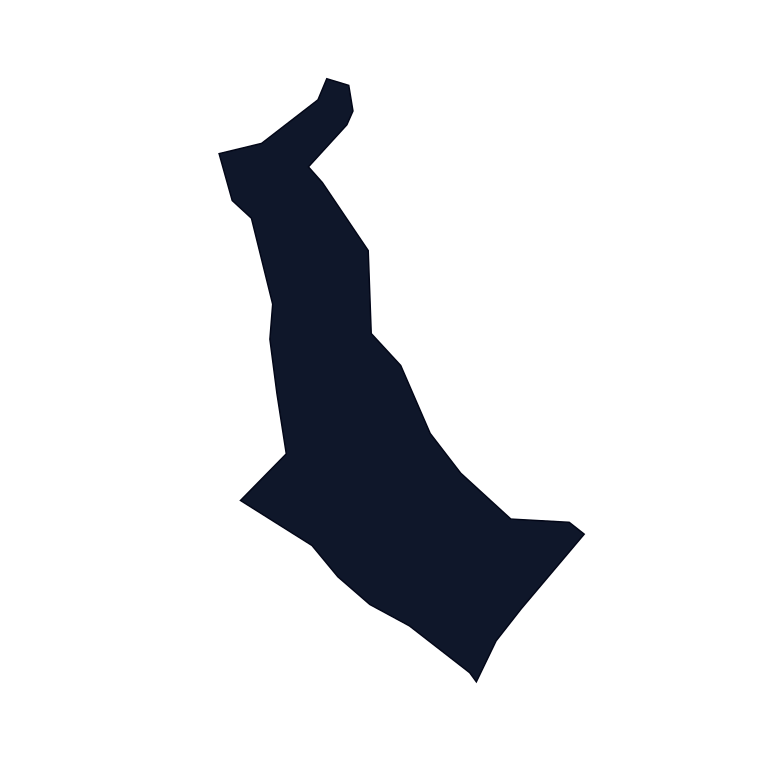 the district of Eastern, American Samoa, United States of America, rotated 258°
{"feature_id": "52423323B36058634620210", "entity_name": "Eastern", "entity_type": "district", "adm_level": 2, "iso_a3": "USA", "parent_name": "United States of America", "parent_adm1": "American Samoa", "projection": "albers", "projection_center": [-170.642, -14.28], "detail": "fine", "context": "isolated", "style": "filled", "palette": "ink", "viewbox_px": 768, "rotation_deg": 258, "n_neighbors": 0, "source": "geoboundaries", "source_scale": "gbopen_adm2", "svg_char_len": 565}
<svg xmlns="http://www.w3.org/2000/svg" viewBox="0 0 768 768"><g transform="rotate(258 384 384)"><path d="M195.5,548.6L210.2,536.4L225.5,480.0L280.8,440.5L326.0,418.9L398.6,404.2L436.0,382.0L517.8,396.3L593.8,365.6L612.1,355.2L645.3,401.6L657.5,410.4L683.4,411.6L694.5,391.5L675.7,378.5L644.8,314.3L643.6,270.6L595.0,273.7L573.7,288.8L485.2,291.7L451.5,281.7L397.1,277.3L336.0,273.9L299.9,219.4L241.0,280.0L205.0,298.8L171.3,324.3L142.1,358.6L83.8,407.8L73.5,412.4L109.4,440.2L135.7,471.6L195.5,548.6Z" fill="#0f172a" stroke="#020617" stroke-width="1.5"/></g></svg>